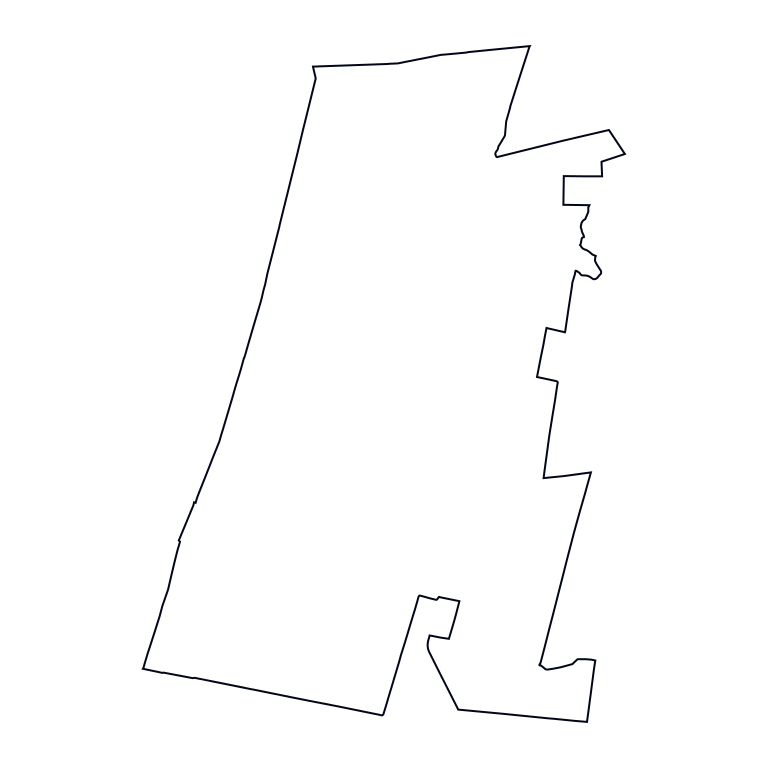 the district of Ulmu, Braila, Romania
{"feature_id": "2599482B28846131553928", "entity_name": "Ulmu", "entity_type": "district", "adm_level": 2, "iso_a3": "ROU", "parent_name": "Romania", "parent_adm1": "Braila", "projection": "robinson", "projection_center": [27.32, 44.93], "detail": "fine", "context": "isolated", "style": "outline", "palette": "ink", "viewbox_px": 768, "rotation_deg": 0, "n_neighbors": 0, "source": "geoboundaries", "source_scale": "gbopen_adm2", "svg_char_len": 4960}
<svg xmlns="http://www.w3.org/2000/svg" viewBox="0 0 768 768"><path d="M382.2,715.4L383.0,714.7L383.3,714.5L385.6,707.1L386.4,704.5L388.1,698.6L390.3,691.2L391.3,688.0L399.0,662.2L400.7,656.1L400.7,655.8L401.1,654.6L401.5,653.4L404.8,642.9L407.1,635.3L409.8,626.3L412.9,616.0L414.9,609.6L417.0,602.3L418.6,596.6L418.9,596.0L419.4,595.7L419.8,595.6L420.2,595.6L420.9,595.8L431.4,598.7L436.0,599.8L436.5,599.8L437.0,599.5L439.0,596.9L441.3,597.5L451.7,599.6L459.4,601.2L456.2,613.6L454.5,619.8L452.8,625.7L451.1,631.4L448.9,638.8L444.0,638.1L440.6,637.6L436.5,636.8L432.6,636.0L429.6,635.5L429.1,637.6L428.6,639.2L427.9,641.8L427.7,644.3L427.6,645.4L427.8,647.0L428.0,648.8L428.7,650.8L429.3,652.3L429.7,653.0L439.3,672.2L457.1,707.3L458.2,709.6L504.0,713.9L547.9,718.3L551.5,718.6L555.1,718.9L566.0,720.0L576.0,721.0L577.6,721.1L584.6,721.7L587.0,721.9L587.5,718.2L590.0,699.4L591.0,691.9L593.9,669.6L595.3,660.5L594.5,660.3L591.0,659.6L585.5,659.2L578.0,659.2L577.5,659.3L577.0,659.7L572.4,664.1L565.4,666.0L560.2,667.4L553.8,668.6L548.1,669.5L547.0,669.5L545.6,669.3L541.0,665.5L540.3,665.5L539.9,665.4L539.6,665.3L539.4,665.1L539.4,664.8L539.5,664.5L540.0,663.7L540.6,662.6L545.0,645.8L549.7,627.2L552.9,614.9L555.8,603.6L560.4,585.5L563.6,573.0L566.2,562.6L568.9,552.2L574.2,531.8L579.8,511.6L585.2,492.9L586.5,488.1L590.9,472.4L564.5,476.0L543.6,478.1L544.5,471.0L546.7,454.8L549.3,435.6L553.2,411.3L553.4,410.4L554.1,405.8L554.8,401.8L554.8,401.6L555.5,397.3L555.5,397.0L557.2,385.4L557.4,384.6L557.8,382.4L557.6,382.1L557.2,381.6L556.6,381.2L547.9,379.3L537.0,377.0L539.8,362.6L540.6,358.4L541.5,354.0L542.4,349.7L543.3,345.3L544.1,340.9L544.8,336.7L545.6,332.6L546.5,328.0L565.0,332.3L565.2,331.5L568.8,306.8L568.9,306.3L571.4,290.0L572.1,285.4L572.1,284.4L572.4,282.8L572.4,282.5L574.7,274.9L574.8,274.5L574.9,274.1L575.0,273.8L575.1,272.8L575.6,270.8L576.5,270.9L579.1,272.6L579.9,273.3L580.3,274.0L580.7,274.5L581.2,275.0L582.3,275.4L583.3,275.4L584.2,275.4L584.8,275.5L585.8,275.5L586.6,275.6L587.5,275.8L588.7,276.2L589.7,276.8L590.5,277.2L591.4,277.9L592.3,278.5L592.8,278.8L593.3,279.1L593.7,279.1L594.1,279.2L594.5,279.1L595.1,279.1L595.8,278.8L596.8,278.3L597.8,277.2L598.7,276.1L598.9,275.8L599.2,275.5L600.3,274.4L600.9,273.7L601.1,273.0L601.1,271.6L600.8,270.6L600.2,269.7L599.3,268.4L596.8,264.4L596.0,263.0L595.6,262.2L595.3,261.4L595.0,260.6L595.0,259.8L595.1,258.7L595.2,257.5L595.6,256.6L595.8,256.0L594.9,255.6L594.0,255.2L593.2,254.9L592.4,254.5L591.9,254.2L591.7,253.8L591.3,253.5L590.5,252.9L589.9,252.4L589.4,251.9L588.7,251.5L588.0,251.0L587.3,250.5L586.6,250.2L585.7,249.8L585.0,249.6L584.1,249.2L583.3,248.8L582.7,248.4L582.2,247.9L581.8,247.5L581.5,247.1L581.2,246.7L580.9,246.2L580.7,245.6L580.0,245.0L580.5,244.3L580.8,243.6L580.9,242.9L581.1,241.8L581.7,238.8L582.2,237.8L582.6,237.5L583.3,237.2L583.9,237.1L583.9,236.6L583.9,236.1L583.7,235.5L583.4,234.9L583.2,234.4L582.8,233.6L582.5,232.9L582.2,232.3L582.0,231.8L581.8,231.1L581.7,230.5L581.6,229.8L581.4,229.2L581.2,228.7L580.9,227.8L580.8,227.3L580.8,226.8L580.9,226.2L580.9,225.6L581.1,225.0L581.2,224.5L581.5,223.1L582.5,221.3L583.2,220.5L585.3,219.0L587.9,212.9L588.3,211.5L588.3,209.4L588.3,207.5L589.4,205.2L563.4,204.8L563.8,176.1L582.0,176.3L602.1,176.3L601.5,161.8L601.6,161.7L624.9,154.0L608.9,130.0L564.3,140.4L497.0,157.1L496.7,157.0L496.0,156.1L495.5,154.8L495.3,153.7L495.6,152.6L496.3,151.3L497.2,150.3L497.8,149.1L498.5,146.3L499.2,145.2L500.6,143.0L502.6,139.5L504.5,136.5L505.0,135.1L506.2,121.4L510.2,107.4L510.1,107.0L516.1,88.1L529.4,46.9L529.7,46.3L529.8,46.1L510.1,48.0L490.4,49.9L475.4,51.4L474.4,51.5L468.3,52.1L467.1,52.4L465.9,52.6L464.9,52.7L449.8,54.1L440.7,54.9L429.7,57.1L407.3,61.5L397.9,63.4L389.0,63.8L387.1,64.0L327.4,66.1L318.6,66.4L316.9,66.5L313.0,66.6L313.3,68.1L315.4,77.0L315.7,78.6L312.5,91.5L304.2,125.1L302.9,130.3L297.2,154.2L292.1,174.7L289.9,183.6L288.4,189.7L283.7,208.6L279.5,225.6L279.4,226.5L277.6,233.5L272.6,253.2L267.4,273.5L265.2,284.2L263.3,291.0L262.0,296.9L260.6,302.3L253.1,327.5L248.9,341.9L246.4,350.6L245.7,353.2L244.3,357.7L244.1,357.7L243.8,358.5L241.1,368.4L238.9,375.7L236.3,384.0L234.8,389.1L234.1,391.5L232.4,397.6L231.6,400.3L230.3,404.6L227.7,413.4L223.2,428.5L221.4,434.3L219.4,441.3L218.7,443.1L215.8,450.3L213.1,457.0L206.3,474.4L200.2,489.7L197.2,497.4L195.6,502.8L194.1,502.3L193.8,503.5L193.7,504.0L193.5,504.8L193.2,505.8L186.4,522.2L178.8,540.5L180.0,541.7L178.6,546.6L177.5,550.2L174.3,563.0L171.1,576.5L168.1,589.5L162.4,605.9L159.5,616.8L159.1,618.0L157.9,621.7L156.5,626.1L155.2,630.3L148.5,651.0L147.7,653.4L145.5,660.7L144.3,664.8L144.0,666.0L143.6,667.3L143.4,668.0L143.2,668.4L143.2,668.7L143.1,668.8L145.4,669.3L151.6,670.6L156.9,671.7L157.8,671.9L162.3,672.9L163.3,672.6L193.0,678.2L194.1,677.9L195.0,677.9L252.2,689.4L253.6,689.6L274.7,693.9L292.1,697.4L309.6,700.9L338.6,706.5L367.5,712.4L378.9,714.7L380.5,715.1L382.2,715.4Z" fill="none" stroke="#020617" stroke-width="2"/></svg>